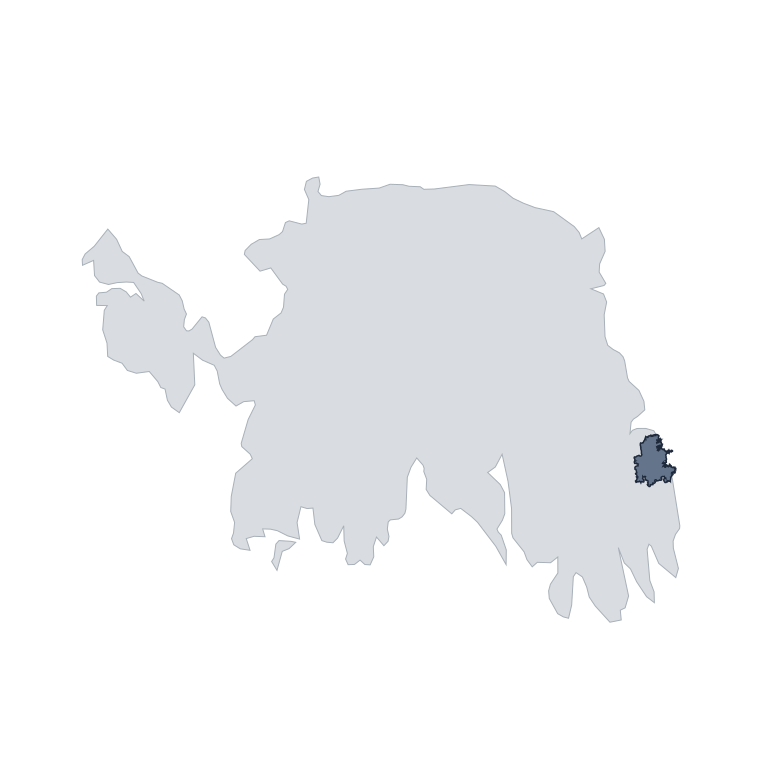 Bandon - Kinsale Lea-6, Cork, Ireland (highlighted), rotated 277°
{"feature_id": "5873133B71141720266314", "entity_name": "Bandon - Kinsale Lea-6", "entity_type": "district", "adm_level": 2, "iso_a3": "IRL", "parent_name": "Ireland", "parent_adm1": "Cork", "projection": "mercator", "projection_center": [-8.645, 51.706], "detail": "fine", "context": "in_parent", "style": "filled", "palette": "slate", "viewbox_px": 768, "rotation_deg": 277, "n_neighbors": 0, "source": "geoboundaries", "source_scale": "gbopen_adm2", "svg_char_len": 9616}
<svg xmlns="http://www.w3.org/2000/svg" viewBox="0 0 768 768"><g transform="rotate(277 384 384)"><path d="M479.3,115.6L464.1,126.4L461.7,130.5L457.4,146.9L456.9,151.6L447.4,169.9L442.0,173.6L434.0,176.5L429.4,179.4L423.6,178.0L416.3,178.2L412.7,181.5L412.9,184.0L415.1,186.8L428.5,195.2L427.8,198.7L424.0,202.6L399.8,212.4L392.7,218.2L390.2,222.1L392.7,228.6L412.0,248.1L415.2,250.2L418.1,261.5L435.0,266.2L442.0,273.2L448.0,274.9L461.0,274.3L466.2,276.9L469.1,274.9L470.8,271.2L485.4,257.5L480.9,247.2L495.6,229.6L499.6,229.9L506.5,235.2L512.2,242.7L514.0,252.7L519.4,261.6L522.9,264.7L532.2,266.5L534.4,270.0L532.7,282.9L534.1,287.2L557.9,286.9L567.4,281.3L575.7,282.3L579.7,288.0L581.5,294.0L574.5,296.2L567.0,295.0L563.4,298.9L563.2,306.4L565.7,316.1L570.7,322.9L574.6,338.3L577.9,355.4L583.0,365.7L584.1,378.4L583.3,384.7L584.2,395.9L582.1,399.8L583.7,410.3L592.3,444.1L594.0,470.3L589.8,480.2L584.1,489.5L580.4,500.5L577.5,512.3L575.7,531.4L563.4,553.7L558.2,559.2L552.1,562.6L565.4,578.2L554.5,585.1L542.6,587.3L529.5,583.4L521.3,583.9L510.9,591.9L508.6,590.4L503.7,577.7L500.1,590.9L492.5,595.0L479.6,594.1L457.9,597.6L449.6,601.4L446.2,607.2L443.6,613.9L440.2,617.9L436.4,620.0L419.7,625.0L416.4,627.0L408.7,637.8L398.5,644.1L390.1,646.0L382.7,639.6L379.6,635.9L376.2,633.9L364.7,634.2L368.3,636.2L370.7,640.6L371.8,649.2L370.5,657.5L364.8,661.7L358.1,662.5L347.5,671.2L333.4,673.5L325.8,681.5L279.3,694.9L276.6,695.0L270.2,691.6L263.3,690.1L256.3,691.2L236.8,698.7L227.4,697.2L239.4,678.6L255.6,669.1L257.3,666.5L252.0,665.3L221.3,671.8L210.6,677.4L199.9,679.0L204.9,670.5L218.6,658.8L230.5,651.2L235.7,644.3L250.2,636.5L203.4,652.6L191.2,650.6L188.3,646.1L178.7,648.2L175.1,637.3L189.3,620.8L197.5,613.7L207.3,609.9L216.7,604.4L220.2,597.6L215.8,595.4L187.5,597.2L174.0,595.7L174.7,590.4L177.2,584.4L191.2,574.2L198.8,572.6L205.6,573.6L217.6,579.6L233.5,577.6L226.9,571.1L225.7,557.9L220.6,553.4L227.1,547.3L234.5,543.5L247.0,530.8L251.4,528.9L275.9,525.8L302.4,519.0L328.7,509.8L315.2,504.6L308.8,497.7L298.4,511.6L290.9,516.9L269.9,519.7L263.2,518.1L253.8,513.8L250.9,515.5L248.2,518.8L234.2,525.6L219.6,527.2L236.6,514.7L258.2,493.6L263.1,486.9L269.9,475.3L267.8,470.1L263.4,467.1L279.0,443.1L284.5,438.7L294.6,438.0L301.9,434.2L305.2,434.1L308.1,432.7L314.6,425.5L304.6,420.9L294.3,418.5L262.5,421.0L258.3,420.5L254.4,418.2L251.8,415.0L249.9,406.8L247.6,405.0L240.4,405.0L233.3,407.5L228.4,407.2L223.5,403.6L231.2,395.2L221.3,393.2L211.2,394.9L202.8,392.3L202.5,387.0L206.3,381.7L201.3,376.7L200.3,370.4L205.6,367.2L211.4,368.3L223.3,363.6L238.4,361.3L225.4,356.7L220.2,352.7L220.0,346.6L221.0,341.4L236.1,332.5L252.2,328.6L251.0,322.8L252.1,316.5L235.9,314.6L219.8,319.1L221.5,307.0L225.4,296.1L226.1,288.9L225.4,281.2L217.9,284.5L217.0,273.6L213.8,266.1L202.6,271.3L202.9,261.4L206.1,254.5L211.9,251.5L217.7,252.8L228.4,252.6L238.8,247.4L253.7,246.1L277.4,247.7L293.8,262.4L298.0,259.8L304.5,250.5L307.6,249.5L332.2,253.5L347.5,258.9L351.6,257.2L349.4,246.9L344.1,239.8L350.7,230.4L358.8,224.0L364.1,220.9L376.5,216.9L381.9,213.2L385.5,201.1L391.3,191.0L360.1,196.3L330.6,184.3L335.2,175.8L341.5,171.0L352.3,167.3L353.3,162.9L358.8,159.2L367.8,149.5L364.5,136.9L366.2,127.6L372.7,121.5L374.8,112.8L377.7,106.4L390.8,104.1L403.5,98.2L423.1,97.4L428.1,99.8L427.0,89.2L436.2,87.8L439.7,89.9L441.3,97.4L445.5,102.2L446.8,110.5L444.0,116.9L439.3,121.8L443.6,126.8L437.0,135.9L444.1,132.0L454.3,123.1L453.8,115.8L452.1,106.7L449.2,98.4L450.5,89.3L456.3,83.5L471.3,80.7L465.1,70.3L470.7,69.3L476.6,71.5L485.4,79.6L504.1,91.0L495.0,101.0L483.7,108.0L479.3,115.6ZM216.5,311.0L216.1,315.7L209.0,309.8L205.5,303.4L186.0,300.5L194.1,294.1L198.1,296.0L211.9,296.2L215.8,298.9L216.5,311.0Z" fill="#d9dde1" stroke="#a8b0b8" stroke-width="1"/><path d="M342.2,641.7L341.8,641.3L341.0,641.3L339.8,642.3L338.9,642.1L338.2,642.6L338.2,642.9L337.5,642.0L337.1,641.9L335.7,642.5L335.7,642.8L335.9,643.7L336.2,644.0L336.2,644.4L335.9,644.8L335.6,644.8L335.7,645.5L335.5,646.1L334.9,645.9L333.7,646.1L333.6,645.2L332.7,643.6L331.5,643.2L329.9,643.6L329.8,644.5L326.8,645.7L326.5,645.7L326.1,644.8L325.6,644.6L325.2,644.9L324.8,645.7L323.8,646.3L323.4,646.4L323.5,646.3L323.1,646.2L323.0,646.5L322.6,646.6L322.4,646.0L322.2,646.2L322.5,647.2L321.9,647.2L321.7,646.5L320.5,646.7L319.3,646.2L318.8,646.3L318.5,645.5L317.9,645.6L317.1,646.2L317.7,647.4L318.0,647.7L317.9,648.3L318.1,648.9L318.5,649.3L318.3,649.4L318.4,650.5L317.8,650.6L317.2,651.0L318.5,651.3L318.6,652.1L318.3,652.7L318.4,653.7L319.2,653.9L320.5,653.4L320.6,653.1L321.1,652.9L321.7,652.2L322.3,652.4L323.6,652.2L323.3,652.5L323.4,653.1L324.1,654.1L324.0,654.7L323.3,654.3L322.5,654.7L321.4,654.8L320.9,655.1L320.9,655.3L320.6,655.3L320.7,655.9L320.3,656.3L320.2,657.0L320.3,657.5L320.1,657.7L318.9,658.1L318.4,658.1L318.3,657.8L318.1,657.7L316.8,658.5L316.1,658.2L316.1,657.8L315.5,658.1L314.9,659.2L314.5,659.7L314.8,660.5L315.8,660.8L316.5,660.7L316.5,661.3L316.9,663.0L318.0,662.7L318.6,663.0L318.4,663.9L318.2,664.0L319.1,665.1L320.1,665.3L320.6,664.4L322.0,664.9L322.0,665.9L321.0,666.7L321.3,667.0L321.5,668.1L322.3,669.3L322.1,669.4L322.1,669.9L322.5,671.1L323.6,671.4L324.0,671.2L324.2,670.8L324.3,671.0L325.2,670.9L325.3,670.6L325.5,670.7L326.2,671.8L326.2,673.1L326.4,673.5L325.3,673.9L324.9,674.5L325.1,675.0L324.7,675.2L324.5,674.9L324.7,674.6L324.5,673.7L322.9,673.2L321.5,674.0L320.5,674.9L320.6,675.9L321.4,676.5L321.2,676.9L321.3,677.1L321.9,677.5L322.4,677.2L322.2,677.6L322.6,678.3L322.2,678.8L322.4,679.1L322.3,679.5L322.5,679.9L322.3,680.1L323.0,680.0L325.7,680.1L326.4,679.8L326.6,680.2L327.8,680.9L328.2,680.7L328.4,681.0L328.9,680.9L329.1,681.7L329.5,681.9L330.7,681.3L331.0,680.5L330.8,680.3L331.0,680.3L331.5,680.8L331.3,681.2L331.4,681.3L331.4,681.5L331.7,681.5L331.8,681.8L331.7,682.5L331.1,682.8L331.0,683.2L331.1,683.4L331.8,683.2L331.9,683.4L331.7,683.7L332.0,683.8L332.1,683.0L332.5,682.7L332.8,683.1L332.6,683.2L332.8,683.3L332.7,683.4L332.9,683.3L333.2,683.5L333.9,683.0L334.2,683.2L334.1,683.3L334.8,683.4L335.0,683.6L334.9,683.8L335.2,683.7L335.4,683.9L335.6,683.6L336.0,683.6L336.1,683.2L335.9,682.7L336.6,682.8L336.5,682.5L336.8,682.4L336.9,681.9L336.5,681.4L336.7,681.0L336.2,680.7L336.3,680.0L336.8,679.3L337.6,679.1L337.5,678.9L337.6,678.7L337.3,678.6L337.6,678.4L337.6,678.2L338.4,678.1L338.8,677.7L337.6,677.6L337.5,677.3L338.0,677.0L337.0,676.9L336.5,676.3L336.7,675.8L337.0,675.9L337.4,675.6L337.3,675.4L337.9,674.9L337.9,674.6L338.2,674.2L338.2,673.7L338.4,673.5L337.0,673.5L336.5,674.0L335.7,673.6L335.6,673.0L336.7,671.8L336.3,673.1L336.5,673.2L336.6,672.2L336.9,671.6L336.7,671.8L336.7,671.4L336.5,671.1L336.8,671.2L337.1,671.8L337.7,672.2L338.6,672.2L338.7,671.6L339.4,671.0L339.3,670.9L339.3,671.1L339.0,670.6L338.8,670.8L339.2,670.1L340.1,670.6L339.6,670.7L339.5,671.2L340.0,672.1L339.9,672.3L340.3,672.7L340.3,673.3L340.6,673.8L342.1,673.5L342.3,673.0L342.5,673.4L343.2,673.3L343.7,673.6L345.0,673.2L345.3,672.8L346.6,672.8L348.0,672.2L348.8,672.8L349.6,672.9L349.9,673.3L349.8,673.5L350.0,674.1L350.3,674.3L350.1,674.8L350.3,674.8L350.3,675.0L349.9,675.4L351.2,675.6L351.5,676.2L351.8,676.3L351.9,676.7L351.6,677.3L351.6,677.6L352.7,678.2L352.6,678.5L352.8,678.5L353.3,677.7L353.0,677.4L353.0,677.1L352.2,676.9L352.1,676.3L352.1,675.8L352.3,675.7L352.2,675.5L353.3,674.8L352.0,674.2L352.3,673.9L351.7,673.6L351.6,673.4L351.8,673.1L351.0,672.7L351.0,672.4L351.1,672.0L351.6,671.8L351.5,671.6L351.9,671.3L351.9,671.0L353.1,670.3L352.8,670.2L353.1,670.0L352.8,669.7L353.3,669.0L353.2,668.8L353.4,668.8L353.3,668.5L353.2,668.1L353.7,667.6L353.7,667.2L354.1,666.9L354.0,666.3L353.5,665.9L353.1,665.8L353.6,665.6L354.1,666.2L354.3,666.8L355.0,667.0L355.2,666.9L355.1,666.4L355.4,666.3L355.7,665.8L354.8,665.0L354.7,664.3L355.2,663.6L354.7,663.6L354.3,664.5L352.8,665.2L352.2,665.0L352.0,664.5L351.5,664.1L351.5,664.4L351.2,664.3L351.7,663.5L352.2,663.6L353.2,664.5L354.2,663.8L354.3,663.4L353.9,662.8L354.4,662.6L354.2,663.0L354.7,662.8L355.3,662.9L356.0,663.6L355.9,664.2L356.3,664.4L356.4,665.0L356.8,665.3L356.6,665.6L356.9,666.1L356.2,667.0L356.6,667.3L356.6,667.6L357.4,667.2L358.2,667.7L358.6,666.7L359.7,666.2L360.0,666.3L360.2,665.6L359.9,665.7L360.7,664.7L360.1,664.4L359.6,663.9L359.3,663.4L358.8,662.2L358.6,662.0L359.1,661.8L359.2,662.0L359.9,662.3L359.7,663.1L360.2,663.9L360.6,664.0L360.9,663.7L360.8,663.3L361.4,662.9L361.2,662.3L361.5,661.9L361.4,661.0L361.7,661.7L361.6,662.8L361.9,663.3L361.6,663.6L361.4,664.4L361.5,664.6L361.0,665.3L361.4,665.8L361.8,665.9L362.6,665.3L362.8,665.6L362.8,665.2L363.2,664.9L363.1,664.7L363.3,664.7L362.9,664.2L363.2,663.4L363.8,663.0L364.2,663.1L364.3,663.0L364.1,662.9L364.9,662.8L365.3,663.0L365.6,663.2L365.9,663.3L366.6,663.4L366.3,663.3L366.3,662.8L366.9,662.0L366.8,661.7L367.1,661.0L366.9,660.6L367.0,660.1L366.9,659.8L366.0,660.0L365.9,659.3L366.5,659.1L366.6,658.9L366.5,658.3L365.7,656.8L365.7,656.6L365.1,655.4L364.9,656.9L364.8,656.7L364.6,655.5L365.7,655.0L365.1,654.3L364.6,653.2L364.6,652.9L364.0,652.4L363.2,652.5L363.1,652.0L363.6,651.9L363.4,650.4L363.6,650.2L362.2,649.9L362.2,650.1L361.3,650.4L361.6,649.9L360.6,649.5L359.7,649.6L359.7,649.4L359.0,648.8L357.3,648.4L357.2,647.7L356.8,647.4L356.7,646.7L356.3,646.1L356.6,645.8L356.4,645.7L354.6,645.8L353.3,646.4L352.7,646.4L352.4,646.7L351.5,646.7L350.0,647.1L349.3,647.6L346.3,648.0L345.5,648.5L344.3,648.3L343.7,647.6L343.6,647.0L343.9,646.4L344.2,646.1L344.2,645.6L343.8,645.1L343.4,644.0L342.1,642.7L342.2,641.7ZM353.9,667.3L353.9,667.5L354.6,667.2L354.3,667.1L353.9,667.3ZM331.1,683.6L331.3,683.5L331.2,683.5L331.1,683.6Z" fill="#64748b" stroke="#1e293b" stroke-width="1.5"/></g></svg>